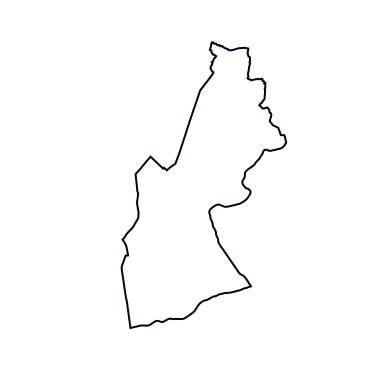 the district of Jimaní, Independencia, Dominican Republic, rotated 55°
{"feature_id": "3306468B8700472779567", "entity_name": "Jimaní", "entity_type": "district", "adm_level": 2, "iso_a3": "DOM", "parent_name": "Dominican Republic", "parent_adm1": "Independencia", "projection": "equal_earth", "projection_center": [-71.817, 18.503], "detail": "fine", "context": "isolated", "style": "outline", "palette": "ink", "viewbox_px": 384, "rotation_deg": 55, "n_neighbors": 0, "source": "geoboundaries", "source_scale": "gbopen_adm2", "svg_char_len": 4671}
<svg xmlns="http://www.w3.org/2000/svg" viewBox="0 0 384 384"><g transform="rotate(55 192 192)"><path d="M303.1,197.8L295.7,197.5L293.1,197.5L291.6,197.6L290.6,197.8L289.6,198.1L287.9,199.1L287.0,199.5L286.0,199.7L284.4,199.8L261.1,199.6L251.6,199.6L250.1,199.5L248.7,199.3L247.7,199.0L245.9,197.9L245.1,197.6L244.2,197.4L241.8,197.0L240.9,196.7L240.1,196.4L238.6,195.5L237.8,195.2L236.5,194.9L233.6,194.7L232.2,194.5L231.3,194.2L229.5,193.2L228.7,192.8L227.8,192.6L224.9,192.1L224.0,191.8L221.8,190.7L219.4,189.9L218.6,189.6L217.9,189.0L217.4,188.3L217.1,187.9L216.9,187.4L216.6,186.3L216.5,185.1L216.4,183.9L216.4,182.1L216.5,180.9L216.6,179.7L216.9,178.6L217.4,177.7L217.9,177.0L218.2,176.7L219.0,176.2L220.4,175.4L222.8,173.7L223.4,173.1L223.8,172.4L225.0,169.9L225.4,169.0L226.1,167.0L227.2,164.4L227.9,162.4L228.8,160.2L229.1,159.1L229.3,157.4L229.4,155.5L229.4,153.7L229.3,151.9L229.2,151.3L228.9,150.3L228.0,148.0L227.3,146.1L227.1,145.7L226.5,144.9L225.9,144.3L225.5,144.0L224.7,143.7L223.4,143.7L222.6,143.8L222.2,144.0L220.1,145.3L218.8,145.8L217.5,145.9L215.7,146.0L214.4,145.8L213.5,145.6L212.8,145.1L212.4,144.8L211.9,144.1L211.4,143.3L210.7,141.5L210.0,140.3L209.1,139.4L207.6,138.4L207.0,137.8L206.5,137.1L206.0,136.2L205.8,135.1L205.6,134.0L205.6,127.4L205.5,126.2L205.3,125.0L204.3,122.3L204.0,121.3L203.6,118.6L203.3,117.6L202.3,115.4L201.6,113.4L201.1,112.5L199.5,110.0L199.2,109.1L199.2,108.6L199.2,108.2L199.4,107.8L199.8,107.1L200.4,106.5L202.1,105.5L202.7,104.9L203.2,104.1L203.7,103.3L204.2,101.8L205.4,99.2L206.0,97.2L206.8,95.5L207.1,94.5L207.3,94.0L207.4,92.9L207.4,91.8L207.2,90.7L207.1,90.2L206.8,89.3L205.4,86.4L199.6,84.1L198.4,83.8L196.4,86.6L188.9,84.5L183.6,87.5L178.6,87.7L174.8,83.2L173.7,82.4L172.6,82.2L171.4,82.8L168.8,81.6L165.9,81.8L165.0,84.9L163.8,86.5L162.4,86.5L162.2,86.5L161.8,86.5L161.6,86.5L159.7,87.1L159.2,86.5L159.0,85.0L158.7,82.6L158.0,82.0L157.6,79.7L157.5,79.4L156.5,78.5L152.2,75.0L150.1,73.4L149.3,73.4L148.1,71.8L146.5,70.5L145.3,70.5L144.8,69.6L144.3,70.5L143.6,69.6L142.4,69.6L141.4,70.5L140.2,69.6L139.5,69.6L139.3,70.0L139.0,70.5L138.5,71.8L138.4,71.9L137.8,72.8L137.3,72.8L135.6,76.6L134.4,79.5L133.7,79.5L131.6,81.1L131.4,81.1L130.4,81.1L129.9,79.5L128.0,78.9L126.3,77.3L124.1,75.0L122.2,73.4L121.3,72.3L120.0,70.6L119.2,70.6L118.8,70.6L118.1,69.6L117.6,69.0L116.7,68.5L116.6,68.4L115.9,68.0L114.7,67.4L114.2,67.4L114.1,67.5L113.5,68.0L110.2,66.8L109.2,66.0L109.0,65.8L108.5,65.2L107.5,64.2L106.8,63.6L104.4,65.8L102.9,68.2L101.0,71.3L100.3,73.5L98.6,78.3L96.9,80.6L95.7,80.6L95.0,80.9L94.8,81.1L94.0,82.0L91.4,83.2L91.2,83.4L90.7,83.4L90.0,83.4L89.7,83.9L89.5,84.4L89.2,84.4L88.1,85.4L87.3,85.4L87.1,86.0L86.6,86.7L85.4,87.3L84.2,87.3L84.0,87.7L82.7,89.2L81.4,88.9L80.9,89.9L81.3,90.5L82.5,92.1L83.2,92.7L84.2,93.7L85.0,94.8L85.9,95.9L87.1,95.0L87.5,95.2L88.8,95.9L89.1,95.9L91.7,95.9L92.4,95.0L93.4,95.0L94.6,94.3L95.3,95.9L95.3,97.5L97.0,99.8L97.0,101.4L98.2,101.3L99.1,102.6L99.9,104.2L101.1,105.8L104.9,106.4L105.6,106.1L106.1,105.8L107.3,107.4L108.2,110.3L108.4,111.0L108.5,111.1L111.8,121.7L113.2,126.2L113.3,126.2L113.6,127.2L114.8,128.8L130.0,149.6L153.1,180.3L157.8,187.2L159.3,189.5L159.3,195.6L159.8,200.1L157.5,200.7L156.3,201.0L156.2,201.0L156.3,202.2L139.3,205.7L140.8,211.7L142.9,219.2L143.2,220.2L143.3,220.3L144.4,225.3L144.4,225.5L145.0,228.0L149.0,230.2L156.0,234.0L159.4,236.0L159.9,236.3L161.9,236.8L162.3,236.9L162.9,237.5L165.2,239.5L169.3,243.3L178.4,247.7L181.9,250.5L182.5,250.9L187.1,260.9L188.3,266.9L188.8,269.2L190.7,274.0L191.2,276.2L194.6,276.2L198.6,276.8L202.8,278.7L207.3,280.7L206.1,282.9L209.7,288.0L212.6,292.2L214.8,293.8L240.8,306.8L244.9,308.4L251.0,311.6L268.1,320.4L269.1,318.0L269.8,316.0L270.9,313.4L271.6,311.4L272.1,310.4L272.7,309.5L275.3,306.0L275.9,305.1L276.3,304.1L276.6,303.0L276.7,301.9L276.8,298.0L276.8,296.8L277.0,295.8L277.2,295.3L277.6,294.4L278.1,293.7L278.8,293.1L279.8,292.5L280.5,292.0L281.1,291.3L281.3,291.0L281.8,290.1L282.0,289.1L282.4,284.7L282.7,283.7L282.8,283.3L283.3,282.5L283.8,281.8L285.3,280.4L285.5,280.1L286.4,278.5L287.0,277.6L289.9,273.7L290.5,272.7L290.9,271.7L291.1,271.1L291.3,270.0L291.4,268.2L291.4,262.8L291.2,259.8L291.1,258.7L290.8,257.7L289.8,255.4L289.1,253.5L288.2,251.3L287.9,250.2L287.7,249.1L287.7,248.0L287.7,246.3L287.8,245.2L288.0,244.2L288.9,241.9L289.2,240.9L289.3,239.8L289.6,236.5L289.8,235.4L290.0,234.4L290.9,232.2L291.1,231.1L291.4,229.0L291.7,227.9L292.8,225.2L293.5,223.3L294.2,221.9L295.7,219.7L296.2,218.8L296.6,217.8L297.1,216.4L298.3,213.7L298.9,211.7L300.0,209.0L300.2,208.0L300.6,205.8L300.8,204.8L301.9,202.1L302.5,199.5L303.1,197.8Z" fill="none" stroke="#020617" stroke-width="2"/></g></svg>